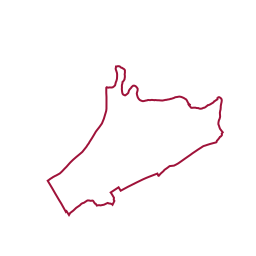 Semlac, Arad, Romania, rotated 241°
{"feature_id": "2599482B97357966880497", "entity_name": "Semlac", "entity_type": "district", "adm_level": 2, "iso_a3": "ROU", "parent_name": "Romania", "parent_adm1": "Arad", "projection": "orthographic", "projection_center": [20.923, 46.147], "detail": "fine", "context": "isolated", "style": "outline", "palette": "rose", "viewbox_px": 256, "rotation_deg": 241, "n_neighbors": 0, "source": "geoboundaries", "source_scale": "gbopen_adm2", "svg_char_len": 5088}
<svg xmlns="http://www.w3.org/2000/svg" viewBox="0 0 256 256"><g transform="rotate(241 128 128)"><path d="M111.4,221.1L109.7,220.1L109.7,219.5L109.7,218.9L109.5,217.2L109.5,216.2L109.2,215.7L109.0,215.0L108.9,214.1L108.9,212.5L108.8,211.7L108.9,210.6L108.9,210.1L109.1,209.1L109.3,208.7L109.1,208.3L109.0,207.8L108.9,206.7L108.7,206.1L108.7,205.4L108.7,204.7L109.0,204.0L109.1,203.3L109.1,202.6L109.3,201.8L109.4,201.4L109.8,200.6L110.5,199.7L110.9,199.5L111.3,199.2L111.8,198.3L112.3,197.6L113.1,196.8L113.5,196.1L113.9,195.4L114.5,194.0L114.7,193.6L115.0,193.1L115.7,192.9L116.4,192.8L117.2,192.7L118.2,192.4L118.5,192.4L118.3,192.7L118.2,193.1L118.4,193.4L119.0,193.1L119.9,192.9L121.0,192.7L122.4,192.8L124.1,192.8L124.8,192.7L125.8,192.1L126.6,191.7L127.4,191.2L128.7,190.2L129.4,189.6L130.5,188.3L130.9,187.3L131.3,186.0L131.7,185.0L132.0,184.1L132.0,183.2L132.1,182.2L132.3,181.4L132.5,180.1L132.8,179.6L132.9,178.8L133.2,177.7L133.8,176.1L133.8,175.9L133.9,175.6L134.0,175.3L134.1,175.0L134.2,174.9L134.4,174.4L135.0,172.4L135.4,171.3L135.7,170.8L136.1,170.3L136.5,169.5L137.0,168.9L137.4,168.2L137.8,167.5L138.4,166.6L138.6,166.3L138.9,165.9L139.4,165.1L139.4,164.7L139.9,164.1L140.2,163.6L140.9,162.7L141.3,161.9L141.4,161.4L141.6,161.0L141.9,160.4L142.4,159.7L142.7,159.2L142.9,158.7L142.9,158.1L143.3,157.1L143.8,155.2L144.2,154.1L144.7,153.5L146.0,152.4L146.3,152.2L147.0,151.8L147.6,151.7L148.3,151.5L149.9,151.4L151.0,151.6L152.4,151.9L153.3,152.2L153.9,152.4L154.9,153.3L155.6,154.0L156.1,154.5L156.8,155.0L157.2,155.2L157.8,155.5L159.0,155.4L159.6,155.3L160.2,155.1L160.7,155.0L161.2,154.7L161.9,154.1L162.4,153.2L162.5,152.8L162.3,152.2L162.2,151.2L161.7,150.4L161.4,149.6L161.1,148.5L160.7,147.7L160.2,146.9L159.7,146.4L159.0,145.7L158.8,145.5L158.6,145.3L158.4,144.7L158.2,143.9L158.1,143.2L158.0,142.3L157.9,141.8L157.9,141.4L158.2,141.0L158.7,140.6L159.7,140.0L160.4,139.9L161.3,140.0L163.0,140.6L165.1,141.5L166.1,142.2L167.7,143.0L168.6,143.6L169.7,144.7L170.9,145.5L171.1,146.4L171.8,147.8L172.2,148.5L173.3,149.3L174.1,150.0L175.9,150.9L176.6,151.1L177.3,151.7L178.0,152.2L178.8,152.6L179.6,153.1L180.2,153.3L181.0,153.2L181.6,153.0L182.2,152.7L182.5,152.4L183.2,152.1L183.6,151.9L183.9,151.4L184.8,151.0L185.9,150.6L186.6,149.8L186.8,149.3L187.2,148.5L187.2,147.8L187.4,147.7L187.6,147.3L187.0,146.9L186.5,146.5L185.8,145.9L185.0,145.7L183.3,145.4L181.4,145.0L180.0,144.4L178.1,143.3L176.4,142.2L174.9,140.8L173.8,139.4L172.9,138.6L171.6,137.4L171.2,136.0L171.0,134.3L171.5,133.0L172.4,131.6L172.6,131.1L172.7,130.6L173.5,129.4L174.1,129.2L174.7,129.0L174.1,129.0L173.7,128.5L169.2,126.0L165.5,124.2L160.3,121.3L155.3,118.5L153.5,117.2L147.8,111.4L144.6,107.4L143.1,104.3L142.5,103.0L141.2,99.9L140.4,98.1L138.5,94.9L136.6,91.6L134.4,87.5L133.6,86.3L133.3,85.6L132.5,83.9L131.8,82.7L129.7,77.6L129.2,76.4L128.5,72.9L127.7,68.6L126.8,64.4L125.9,61.1L125.2,59.0L123.9,55.4L123.1,52.6L122.1,49.5L121.7,48.0L121.3,46.3L121.3,45.6L121.3,43.4L121.3,42.6L121.3,42.1L121.4,40.9L121.4,38.1L121.3,37.8L121.3,37.4L121.2,35.5L121.0,33.9L120.9,33.6L120.9,33.2L120.8,32.2L112.2,32.5L105.5,32.6L98.4,32.8L94.2,33.0L92.7,33.0L86.5,33.0L86.1,33.0L84.9,33.0L85.1,33.4L85.2,33.9L80.5,34.2L81.7,36.2L82.3,40.2L83.3,44.0L83.7,48.4L84.2,50.0L84.3,51.0L84.3,51.6L84.0,53.1L84.0,53.5L84.2,55.8L84.3,57.4L83.6,58.7L82.6,59.8L82.4,60.1L82.2,60.6L82.0,61.0L81.9,61.4L81.6,61.9L81.3,62.1L81.0,62.2L78.0,62.4L77.8,62.7L77.7,62.8L77.4,63.0L76.9,63.0L75.2,63.2L75.2,63.6L75.1,64.0L75.0,64.3L74.7,64.8L74.6,65.1L74.3,65.6L73.9,66.1L73.6,66.5L73.0,68.5L72.6,69.6L72.5,70.7L72.4,72.8L72.3,73.6L72.3,73.9L72.1,74.1L71.8,74.3L71.5,74.5L71.2,74.8L70.9,75.2L70.4,76.0L70.1,76.3L69.4,76.7L68.8,77.2L68.4,77.3L70.8,80.7L71.1,80.8L72.1,80.7L73.8,81.9L77.5,81.8L79.2,81.7L80.0,81.6L80.7,91.0L76.7,91.2L76.6,99.5L76.2,109.1L75.8,116.4L75.5,119.7L75.1,123.0L73.9,131.6L71.7,131.4L71.3,131.7L72.3,134.5L73.1,138.1L73.7,139.6L74.1,143.4L74.5,145.9L72.8,150.0L72.7,152.2L72.7,154.3L72.8,155.7L73.1,158.6L73.6,163.1L74.0,167.0L74.2,169.1L74.6,172.1L74.9,175.6L75.2,178.9L75.3,180.6L75.4,182.0L75.4,182.4L75.5,183.5L75.6,184.5L75.5,185.8L75.2,187.0L74.8,189.3L74.4,191.2L74.2,192.2L73.7,194.2L73.3,195.8L73.0,196.9L72.8,197.6L72.7,198.1L72.7,198.4L72.8,198.6L73.0,198.8L73.3,199.1L73.5,199.3L73.8,199.7L73.9,200.1L74.2,201.0L74.6,202.0L74.9,202.7L75.4,203.7L75.5,203.9L75.6,204.0L75.6,204.9L75.8,205.7L76.2,206.6L76.8,207.0L77.0,207.1L77.7,207.3L78.3,208.8L79.8,208.5L82.0,208.2L82.6,208.1L84.2,208.3L85.5,208.6L87.6,208.9L88.7,209.6L89.5,210.2L89.8,210.5L90.2,210.8L90.5,211.1L90.9,211.5L91.2,212.0L91.4,212.3L91.9,212.8L92.2,213.1L92.7,213.6L93.2,214.0L93.5,214.2L93.9,214.4L94.4,214.6L95.2,215.0L95.7,215.2L96.3,215.5L96.9,215.8L97.2,216.1L98.0,216.7L98.5,217.1L99.1,217.8L99.5,218.0L100.3,218.6L101.2,219.2L102.3,219.8L102.5,220.0L104.2,221.4L105.2,222.3L106.0,222.9L106.5,223.3L107.1,223.5L107.5,223.7L107.8,223.8L108.3,223.7L108.8,223.7L109.3,223.5L110.0,223.2L110.5,222.9L110.7,222.7L110.8,222.5L111.0,222.2L111.0,221.9L111.0,221.0L111.4,221.1Z" fill="none" stroke="#9f1239" stroke-width="2"/></g></svg>